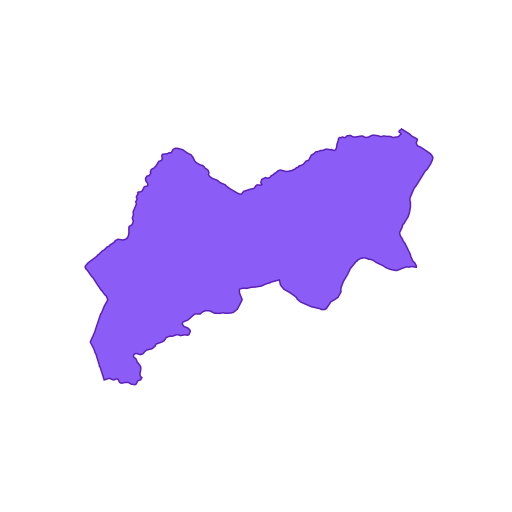 Esquipulas, Chiquimula, Guatemala (orthographic projection), rotated 206°
{"feature_id": "79465075B80702943511797", "entity_name": "Esquipulas", "entity_type": "district", "adm_level": 2, "iso_a3": "GTM", "parent_name": "Guatemala", "parent_adm1": "Chiquimula", "projection": "orthographic", "projection_center": [-89.268, 14.632], "detail": "fine", "context": "isolated", "style": "filled", "palette": "violet", "viewbox_px": 512, "rotation_deg": 206, "n_neighbors": 0, "source": "geoboundaries", "source_scale": "gbopen_adm2", "svg_char_len": 5895}
<svg xmlns="http://www.w3.org/2000/svg" viewBox="0 0 512 512"><g transform="rotate(206 256 256)"><path d="M305.3,94.3L305.4,94.9L305.3,95.8L305.2,96.6L306.1,96.9L306.6,96.9L307.0,97.1L307.6,97.6L308.3,98.7L308.6,99.2L308.8,99.7L309.1,100.9L309.4,101.9L309.8,103.3L310.2,104.3L310.7,105.3L311.3,106.0L312.3,106.7L313.7,107.4L314.2,107.7L314.8,108.1L315.8,108.3L316.6,108.8L317.2,109.6L317.7,110.0L318.2,110.4L318.7,110.8L319.2,111.0L319.7,111.2L320.6,111.3L321.6,111.6L322.2,112.3L322.4,113.0L322.5,113.5L322.4,114.1L322.1,114.7L321.7,115.3L321.2,115.7L320.5,116.0L319.9,116.1L319.3,116.2L318.7,116.3L317.6,116.4L317.1,116.6L316.5,116.8L315.8,117.4L315.1,118.1L314.6,119.0L314.3,120.3L314.0,121.4L313.5,122.6L313.0,123.6L312.5,124.0L311.0,125.2L310.0,126.1L309.5,126.4L308.8,127.1L308.4,127.8L308.1,128.7L307.9,129.2L307.7,129.6L307.2,130.3L307.2,133.1L303.0,137.3L301.4,139.6L300.9,143.4L298.6,145.9L295.8,147.4L293.1,150.2L291.4,151.1L289.1,151.3L285.3,154.0L282.7,154.8L281.8,156.1L282.0,159.5L283.5,160.8L286.0,161.4L289.9,161.1L292.6,162.6L292.7,163.4L292.6,164.8L289.2,168.5L286.0,176.2L284.6,177.8L283.1,178.3L280.8,179.4L279.4,182.6L277.1,184.9L273.6,186.4L268.1,186.4L263.1,188.7L260.8,190.5L258.4,191.1L253.2,194.0L251.6,195.5L249.5,199.9L249.3,204.7L249.3,210.7L254.4,215.3L255.9,217.7L256.2,219.1L255.0,220.3L252.2,222.1L250.1,222.8L246.3,226.0L243.3,227.6L237.9,231.4L234.9,235.2L231.4,238.3L231.1,239.1L224.5,244.8L221.2,240.6L216.5,238.4L210.1,238.0L204.3,237.1L201.6,236.5L200.0,235.3L195.7,234.2L183.9,234.7L175.8,236.6L173.5,236.6L171.4,237.7L170.5,238.2L170.5,238.8L169.7,239.5L168.6,247.7L166.0,251.6L164.2,254.7L163.9,261.2L164.8,262.4L165.7,264.8L166.3,271.3L165.6,279.7L165.7,285.9L163.6,294.9L163.0,295.6L162.9,296.7L161.0,299.5L158.2,301.7L155.2,302.5L153.6,302.3L151.6,303.2L148.5,303.5L145.2,302.9L137.4,303.0L134.1,302.5L129.6,302.8L124.5,304.1L123.7,304.4L122.8,304.9L118.8,309.4L116.0,312.2L113.7,313.0L111.1,315.0L108.2,315.7L107.0,316.1L107.3,317.0L107.7,317.5L108.2,317.9L110.4,319.5L112.8,320.2L115.8,322.7L116.4,323.1L118.1,325.2L127.7,332.7L130.1,333.8L132.0,335.6L134.6,337.0L136.4,338.8L137.2,340.0L137.2,345.5L137.6,347.1L137.7,349.1L137.3,349.7L136.5,358.2L137.0,361.8L138.6,367.6L140.8,372.1L141.8,373.1L143.0,375.4L143.6,385.9L142.8,390.0L141.4,403.8L141.3,406.0L140.1,409.4L139.4,415.6L139.6,419.8L140.1,421.7L140.9,422.8L144.0,424.4L155.4,426.0L159.4,425.9L160.9,427.2L161.6,428.0L161.8,431.1L162.6,431.9L168.2,432.0L171.6,433.0L181.0,434.0L181.0,433.4L181.3,432.7L182.0,431.8L182.2,431.1L181.9,430.4L181.5,430.1L181.0,430.0L180.4,429.9L179.7,429.9L179.3,429.6L179.1,428.9L179.4,428.4L179.6,427.9L179.8,427.2L180.0,426.5L180.2,426.0L180.5,425.6L181.0,425.1L181.6,424.7L182.3,424.3L182.9,423.9L183.6,423.4L184.6,422.6L185.2,422.5L185.7,422.5L186.4,422.5L187.1,422.4L187.8,422.3L188.9,421.8L189.8,421.3L190.5,421.0L191.2,420.7L191.9,420.5L192.5,420.3L193.1,420.2L193.8,419.9L194.3,419.5L194.8,419.1L195.2,418.6L195.6,418.3L196.4,417.9L197.3,417.8L197.8,417.8L198.4,417.7L199.2,417.5L199.8,417.3L200.6,417.1L201.6,416.8L202.6,416.4L203.4,416.1L203.9,415.8L204.6,415.3L205.1,414.9L205.4,414.4L206.0,413.5L206.4,412.9L207.1,412.2L207.8,411.6L208.4,411.2L209.3,410.7L210.2,410.5L211.0,410.5L211.8,410.5L212.4,410.6L212.9,410.5L213.5,410.2L214.8,409.4L218.6,406.7L219.4,406.2L220.1,405.9L221.2,405.6L221.8,405.6L222.7,405.7L223.4,405.8L224.4,405.6L224.9,405.2L225.5,404.7L226.1,404.5L226.7,404.1L227.0,403.6L227.2,402.8L227.5,402.1L227.9,401.5L228.6,401.1L229.2,401.0L229.8,401.0L230.5,400.9L230.8,400.5L231.4,399.8L231.8,399.4L233.1,399.0L233.2,396.9L232.7,396.2L232.3,392.3L231.1,388.5L231.0,386.3L232.1,385.0L234.9,384.8L235.5,384.2L239.3,383.1L240.7,382.1L241.4,380.9L244.4,378.9L245.2,377.8L247.9,375.8L248.7,373.5L250.5,370.9L250.6,365.2L252.6,363.3L253.7,359.1L255.2,357.1L256.8,355.9L257.0,354.3L258.3,353.2L259.2,351.0L260.6,349.6L260.7,348.8L262.7,347.6L263.6,346.5L266.2,345.1L271.4,344.1L272.3,343.5L273.6,342.2L274.6,339.6L275.7,338.3L275.9,337.0L277.7,334.5L277.7,333.1L278.9,331.6L280.2,330.8L281.8,330.7L284.4,327.4L283.9,324.1L282.7,323.2L282.1,322.7L282.3,322.0L286.2,320.4L286.8,319.4L287.5,315.6L290.4,313.6L295.5,308.6L296.1,305.6L297.3,304.6L299.2,304.3L308.7,305.0L313.7,305.9L314.6,306.5L320.5,306.2L323.9,307.1L328.9,306.6L332.8,307.2L334.3,308.4L335.0,310.5L336.5,311.9L337.5,312.3L340.6,312.7L341.7,313.5L343.6,314.0L346.1,313.4L350.3,313.7L352.7,314.5L355.8,317.0L358.5,318.4L363.2,318.5L368.5,319.4L373.2,318.5L375.6,317.6L377.3,315.3L377.4,311.9L377.8,311.2L379.2,311.0L380.5,309.1L384.7,306.4L384.6,304.8L383.7,303.4L382.9,302.7L382.9,300.4L383.4,299.8L384.9,298.4L385.3,293.3L386.2,290.4L388.1,287.8L387.7,285.0L387.1,284.6L386.9,283.8L387.2,281.5L388.1,280.9L389.2,279.7L389.3,277.2L387.7,275.0L385.6,274.0L384.3,272.3L384.4,271.1L386.2,269.9L386.8,268.9L386.8,264.9L387.4,263.5L390.0,261.7L390.1,260.9L389.1,260.2L389.5,258.6L389.4,256.4L387.8,255.2L387.8,251.8L386.3,250.5L385.8,241.8L384.2,239.2L383.8,235.9L381.4,233.2L381.3,232.4L381.1,229.9L382.9,227.1L382.7,225.7L380.5,221.4L379.6,218.4L379.5,215.5L380.1,215.2L380.2,214.1L380.8,213.6L382.7,212.0L387.5,210.5L389.2,208.0L389.4,206.6L391.1,203.2L391.8,202.6L392.4,200.4L393.8,198.8L395.1,194.9L396.3,193.3L398.1,188.3L398.8,187.4L398.9,186.0L404.0,176.1L405.0,171.8L404.5,170.8L402.7,169.6L401.8,169.5L395.3,165.8L392.8,164.9L384.8,160.0L383.3,159.3L380.5,157.5L379.4,157.3L375.1,155.0L374.1,154.6L373.0,154.5L370.0,151.6L370.4,144.5L369.9,137.2L370.2,135.9L368.3,121.4L367.6,117.0L367.3,106.3L366.7,105.6L366.2,105.3L360.7,101.2L358.3,98.6L357.1,97.9L349.2,89.5L348.4,88.2L347.3,87.7L343.7,83.9L342.0,82.2L338.1,78.0L334.2,81.8L330.3,82.0L329.3,82.4L327.6,84.3L326.0,84.7L323.4,82.8L322.4,82.5L321.7,82.6L320.5,83.1L319.7,83.9L316.9,85.7L314.8,86.4L312.0,86.1L308.3,87.3L307.6,88.4L307.5,92.1L305.3,94.3Z" fill="#8b5cf6" stroke="#5b21b6" stroke-width="1.5"/></g></svg>